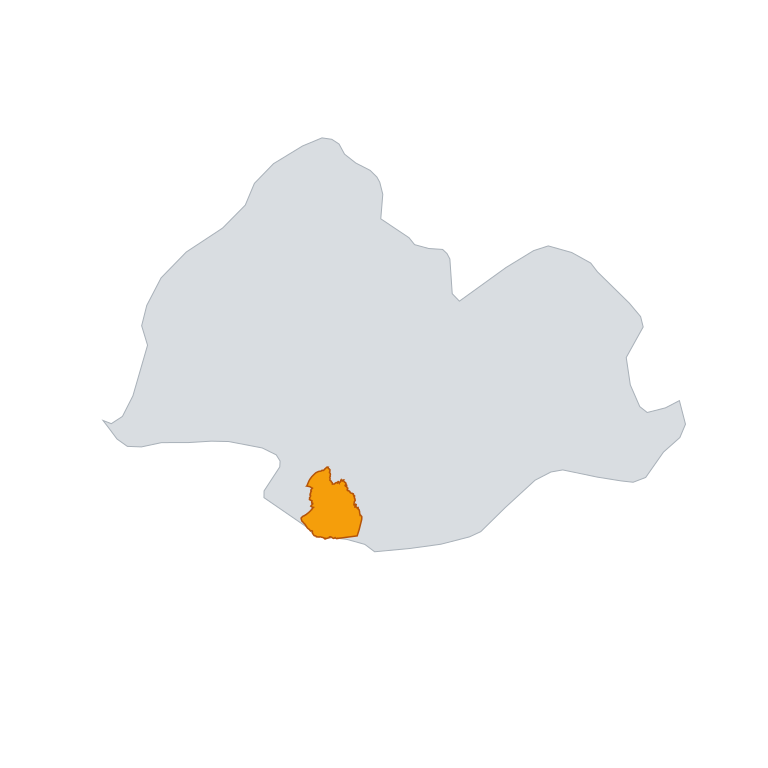 Musanze, Northern, Rwanda shown in context, rotated 230°
{"feature_id": "39286606B17052688720067", "entity_name": "Musanze", "entity_type": "district", "adm_level": 2, "iso_a3": "RWA", "parent_name": "Rwanda", "parent_adm1": "Northern", "projection": "natural_earth1", "projection_center": [29.637, -1.492], "detail": "fine", "context": "in_parent", "style": "filled", "palette": "amber", "viewbox_px": 768, "rotation_deg": 230, "n_neighbors": 0, "source": "geoboundaries", "source_scale": "gbopen_adm2", "svg_char_len": 6533}
<svg xmlns="http://www.w3.org/2000/svg" viewBox="0 0 768 768"><g transform="rotate(230 384 384)"><path d="M315.1,233.4L322.8,233.2L374.1,219.0L379.2,223.4L387.5,250.9L391.8,254.9L399.0,255.9L413.3,249.6L439.7,228.1L451.2,215.0L464.8,196.6L482.1,175.9L491.7,157.8L501.2,147.3L513.5,144.1L527.2,144.9L536.7,145.3L528.9,149.6L527.3,162.8L536.3,184.0L565.7,227.8L584.4,235.8L596.7,252.8L608.6,281.5L612.2,317.4L607.2,360.6L610.2,392.7L621.0,413.7L623.8,441.0L618.7,474.6L612.4,494.7L605.0,501.3L596.7,503.8L585.4,501.5L571.5,504.4L556.5,510.7L547.1,511.6L541.2,510.4L530.1,505.0L512.6,487.7L479.9,497.2L471.1,497.0L459.1,505.3L449.4,515.4L443.4,516.1L437.4,514.8L409.3,494.3L399.0,495.0L394.8,552.4L390.0,584.3L384.2,598.6L364.1,612.3L343.8,620.1L332.7,619.6L288.2,623.9L270.7,623.9L261.1,619.2L248.6,586.6L225.0,572.1L202.3,565.4L193.0,567.3L184.8,584.3L181.4,599.6L159.4,589.1L152.8,576.2L152.2,554.3L144.2,524.4L148.6,511.7L157.3,503.4L175.5,487.6L203.3,465.7L209.3,455.3L213.2,437.9L211.4,397.4L208.7,363.2L212.0,351.1L224.7,324.6L241.7,297.6L261.5,269.0L273.5,266.2L289.2,255.4L305.8,239.4L315.1,233.4Z" fill="#d9dde1" stroke="#a8b0b8" stroke-width="1"/><path d="M329.7,289.6L329.7,289.3L330.0,289.4L330.1,289.2L330.4,289.0L330.5,288.8L330.9,288.9L331.0,289.2L331.2,289.4L331.1,289.6L331.3,289.5L331.3,289.8L331.5,289.6L331.6,289.9L331.7,290.4L331.9,290.7L332.2,290.6L332.5,290.9L333.2,291.2L333.8,290.9L334.0,290.7L334.6,290.8L334.9,290.7L335.0,290.7L335.7,290.8L336.0,290.7L336.3,290.8L336.4,291.4L336.5,291.3L336.8,291.0L336.9,290.2L336.5,289.9L336.5,289.6L336.8,289.6L337.0,289.8L337.1,289.6L337.5,289.8L337.8,289.6L338.2,289.7L338.0,288.9L337.7,288.7L337.4,288.2L337.2,287.5L337.0,287.4L337.2,286.7L337.1,286.2L336.9,286.0L337.4,286.0L337.8,286.2L338.4,286.4L338.7,286.3L338.8,286.1L338.6,285.7L338.6,285.4L338.1,284.9L338.0,284.7L338.8,284.4L339.2,284.1L339.3,283.7L339.3,283.3L339.4,283.1L339.3,282.9L339.4,282.7L339.3,282.0L339.4,281.4L339.5,281.3L339.9,281.0L340.4,280.5L340.5,280.1L340.9,280.3L341.3,280.7L341.6,280.9L341.8,280.9L342.0,280.9L342.5,280.8L342.8,280.7L342.9,280.8L343.2,281.0L343.6,281.1L343.9,280.9L344.8,280.7L345.2,280.7L345.5,281.1L345.8,281.6L346.7,282.2L347.4,282.4L347.6,282.9L347.8,283.5L348.2,283.6L348.4,283.8L349.0,284.7L350.1,285.4L351.0,285.2L351.1,285.5L351.3,285.6L351.6,285.7L351.6,285.8L352.0,286.6L352.4,286.7L352.5,286.9L352.6,287.1L353.1,287.5L353.5,287.4L353.9,287.5L354.1,287.4L354.3,287.4L354.6,287.3L354.8,287.3L355.0,287.3L355.3,287.3L355.3,287.2L355.7,287.2L355.9,287.3L356.1,287.7L356.3,287.4L356.5,287.4L357.0,287.1L357.0,286.9L356.9,286.4L357.0,285.6L357.0,285.0L356.9,284.7L357.0,284.3L356.9,284.1L356.9,283.8L356.8,283.7L356.8,282.8L356.6,282.3L356.7,282.0L357.0,281.6L357.7,281.2L357.8,280.9L357.7,280.5L357.7,280.1L358.0,279.4L358.3,278.8L358.7,278.4L359.0,277.8L359.3,276.8L359.8,274.9L359.8,273.8L359.6,271.0L359.4,269.0L358.6,265.8L357.9,264.0L356.7,261.7L356.4,261.1L356.2,260.7L355.9,260.2L355.5,259.3L355.5,259.2L354.4,260.1L354.0,260.4L353.9,260.5L353.6,260.7L352.9,261.3L352.1,261.5L350.2,262.2L350.0,260.3L349.8,259.9L349.4,259.5L349.2,259.3L348.8,259.6L348.5,259.4L348.2,258.3L348.0,258.0L347.7,257.8L347.6,257.3L347.2,257.2L346.9,256.8L347.0,256.6L346.9,256.5L346.8,256.3L346.7,256.3L346.6,256.1L346.5,255.9L346.2,255.9L346.2,256.0L345.6,255.7L345.5,255.8L345.3,255.5L345.0,255.3L344.9,254.9L344.8,254.0L344.7,253.8L344.3,253.6L344.0,253.3L343.8,253.0L343.4,252.6L343.1,252.7L342.9,253.1L342.5,253.0L342.5,252.9L342.4,252.9L342.3,253.0L342.0,253.1L341.9,253.3L341.2,253.5L340.9,253.7L340.6,253.2L340.2,253.1L339.9,252.7L339.7,252.6L339.5,252.3L339.4,252.3L339.0,252.2L338.8,252.4L338.7,252.2L338.3,252.6L338.0,252.4L337.8,252.1L337.9,251.8L337.8,251.1L337.5,249.4L337.1,249.5L336.7,249.6L336.1,249.8L335.8,249.8L335.7,250.0L334.9,250.6L334.9,250.3L334.8,249.7L334.7,249.6L334.6,249.0L334.6,248.6L334.6,248.4L334.3,248.0L334.5,247.8L334.4,247.4L334.3,247.2L334.2,246.7L334.1,246.1L334.0,244.0L333.9,243.6L334.0,243.0L334.0,242.5L334.1,241.4L334.0,241.2L333.9,240.9L334.1,240.1L334.1,239.9L334.3,239.7L334.2,239.2L334.4,238.4L334.4,237.9L334.7,237.5L334.7,237.3L334.8,237.0L334.9,236.0L334.7,235.7L334.6,235.3L334.6,234.9L334.7,234.6L334.5,234.3L334.2,234.0L333.6,233.7L332.9,233.5L331.9,233.0L331.3,233.0L330.6,233.2L329.7,233.1L327.7,233.3L327.1,233.3L324.9,233.0L324.3,233.0L323.6,232.8L322.9,232.8L321.9,232.9L321.1,233.2L320.1,233.3L319.7,233.3L319.3,233.3L318.8,233.2L318.7,233.2L318.4,233.6L318.0,234.4L317.4,234.6L316.6,234.1L316.3,233.7L316.0,233.4L315.6,233.3L315.2,233.3L314.4,233.1L313.8,233.1L312.9,233.0L312.6,233.1L312.2,233.3L311.8,233.8L311.5,234.0L310.8,234.1L310.5,233.9L310.4,233.9L310.0,234.4L309.5,234.8L309.4,235.1L309.1,235.3L308.4,235.9L308.2,236.5L308.0,236.8L307.4,237.3L306.7,237.7L306.0,238.3L304.9,239.0L304.3,238.9L303.9,239.0L303.8,239.5L303.7,239.7L303.1,239.3L302.9,239.6L302.7,240.6L302.4,241.1L302.1,241.9L301.8,242.3L301.6,243.1L301.2,243.6L301.9,244.0L301.6,244.6L301.3,244.9L300.5,245.3L298.2,246.0L297.9,246.6L297.8,247.5L297.8,247.8L297.6,247.8L297.0,248.0L296.7,248.0L296.2,248.2L295.9,248.4L295.7,248.7L295.7,249.3L295.3,249.4L295.2,249.5L294.9,250.4L294.2,251.3L293.2,252.8L284.9,265.8L288.3,271.2L293.0,277.7L294.3,279.5L295.0,280.3L296.0,281.1L296.1,281.3L296.6,281.7L297.1,281.8L297.8,281.7L298.5,281.8L298.7,281.3L301.3,282.7L301.6,283.1L301.9,283.2L302.6,283.6L303.1,283.7L303.5,284.0L303.8,284.1L304.7,284.0L305.1,283.8L305.3,284.1L305.2,284.2L305.3,284.3L305.9,284.7L306.0,284.3L306.0,284.2L306.3,283.8L306.4,283.7L306.8,284.0L307.6,283.8L308.3,282.8L308.4,283.0L308.5,282.9L308.7,283.2L308.8,283.6L308.9,284.3L309.0,284.4L309.2,285.0L309.4,285.2L309.9,285.1L310.2,285.0L310.1,284.2L310.2,284.3L310.3,283.9L310.6,283.6L310.8,283.6L310.9,283.4L312.9,285.6L312.8,285.8L313.0,286.2L313.2,286.3L313.3,286.4L313.3,286.7L313.4,287.2L313.6,287.3L314.2,287.4L314.4,287.7L314.4,287.8L314.5,287.9L314.8,287.8L315.7,288.0L315.9,288.2L316.1,288.5L316.9,288.7L316.8,288.8L317.1,289.0L317.1,289.3L317.1,289.5L317.9,289.4L318.3,289.3L318.6,289.5L318.9,289.5L319.1,289.4L319.6,289.9L320.2,289.5L320.5,289.5L320.9,289.2L321.2,288.9L321.3,288.8L321.9,288.5L322.3,288.4L322.6,288.3L323.0,288.5L323.3,288.6L323.5,288.7L323.8,288.4L324.2,288.4L324.4,288.5L324.9,288.5L325.0,288.4L325.2,288.1L325.5,288.0L325.7,287.9L325.8,287.6L326.1,287.6L326.3,287.7L326.6,287.7L326.7,287.9L327.0,288.5L327.0,288.8L327.3,289.0L327.5,289.3L328.3,289.0L328.9,289.3L329.0,289.3L329.7,289.6Z" fill="#f59e0b" stroke="#b45309" stroke-width="1.5"/></g></svg>